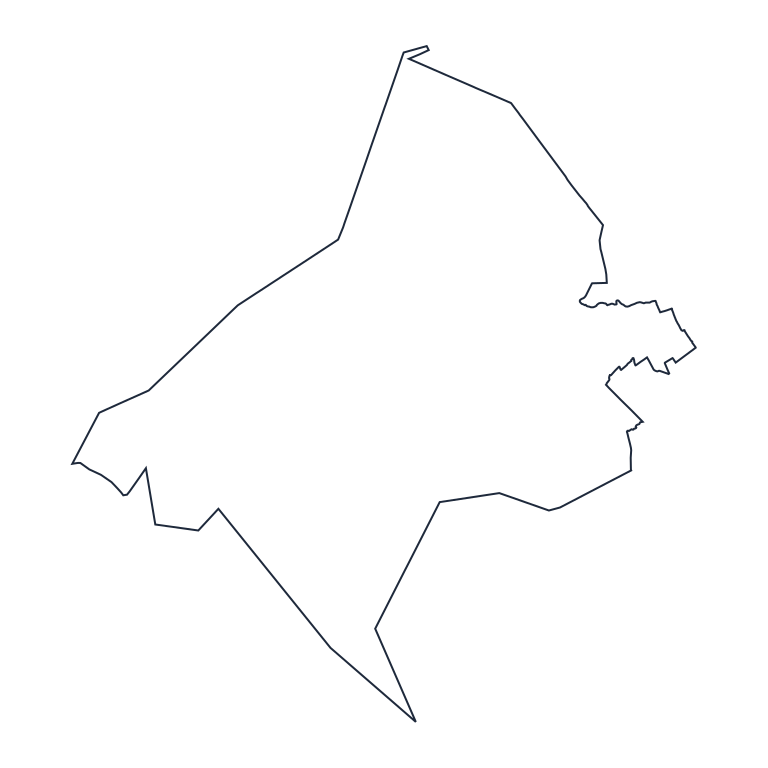 the district of Santa Bárbara, Chihuahua, Mexico
{"feature_id": "50627088B80786091806362", "entity_name": "Santa Bárbara", "entity_type": "district", "adm_level": 2, "iso_a3": "MEX", "parent_name": "Mexico", "parent_adm1": "Chihuahua", "projection": "mercator", "projection_center": [-105.704, 26.798], "detail": "fine", "context": "isolated", "style": "outline", "palette": "slate", "viewbox_px": 768, "rotation_deg": 0, "n_neighbors": 0, "source": "geoboundaries", "source_scale": "gbopen_adm2", "svg_char_len": 4724}
<svg xmlns="http://www.w3.org/2000/svg" viewBox="0 0 768 768"><path d="M417.0,48.8L403.7,52.5L402.4,56.0L397.5,70.4L391.5,87.7L385.4,105.3L385.0,106.3L372.8,141.5L372.5,142.3L366.0,161.3L357.5,185.8L349.6,208.6L344.3,223.7L343.7,225.6L343.1,227.4L338.1,239.6L312.4,256.5L282.9,275.8L258.0,292.1L256.4,293.1L255.8,293.5L255.2,293.9L237.8,305.3L234.0,308.9L212.7,329.3L148.7,390.5L120.3,403.2L107.0,409.2L99.1,412.8L74.4,459.8L72.3,463.8L78.1,462.9L80.4,463.0L89.3,469.4L100.9,474.8L111.5,482.1L117.3,488.2L121.1,492.4L123.3,495.3L125.5,494.9L127.0,494.7L129.7,491.3L138.6,478.7L145.9,468.2L155.3,524.5L198.3,530.5L218.4,508.8L330.5,647.9L415.8,721.9L375.2,628.7L405.0,570.1L407.8,564.7L439.7,502.1L499.3,493.1L548.9,510.5L560.0,507.5L606.6,483.2L631.2,470.4L630.9,469.6L630.7,457.8L631.2,450.2L630.9,447.8L629.9,443.4L628.5,438.0L627.6,434.2L627.2,432.6L627.0,432.2L626.9,431.8L627.2,431.2L627.5,430.8L628.1,430.7L628.5,430.8L628.8,431.0L629.1,430.9L629.5,430.7L629.9,430.3L630.6,429.9L631.4,429.3L632.1,429.4L632.8,429.7L633.1,429.7L633.6,429.4L633.8,428.9L634.1,428.7L634.5,428.6L635.3,428.5L636.0,428.1L636.3,427.5L636.1,427.1L635.8,426.9L635.7,426.7L635.8,426.3L636.4,425.3L636.7,425.1L637.2,424.8L637.9,424.5L638.7,424.3L639.3,424.0L639.6,423.6L639.8,422.8L640.1,422.4L640.5,422.2L641.2,422.1L642.7,421.8L631.4,410.3L621.0,400.1L608.4,387.4L608.0,386.9L606.0,384.8L606.5,384.2L606.7,383.3L607.3,382.5L607.9,381.8L609.1,380.2L609.4,379.6L609.4,378.9L609.2,378.6L609.1,378.2L609.1,377.6L609.4,376.1L609.8,375.3L609.9,375.0L610.0,375.0L610.5,375.2L610.7,375.3L610.9,375.2L611.2,375.0L612.7,373.3L615.4,370.3L618.9,366.8L619.2,366.7L619.5,366.8L620.2,368.6L620.7,369.7L620.9,369.8L621.1,369.9L621.5,369.6L623.3,368.1L625.2,366.5L626.9,365.0L627.5,364.0L628.1,363.4L629.5,362.4L630.7,361.3L631.3,361.0L631.3,360.8L631.2,360.2L631.3,359.9L631.5,359.7L631.9,359.5L632.2,359.2L632.5,358.3L632.8,358.1L633.1,358.1L633.4,358.1L633.6,358.6L634.0,359.6L634.2,360.8L634.4,362.6L635.4,365.3L635.6,365.4L636.0,365.2L637.4,364.2L640.5,361.9L644.1,359.5L647.0,357.4L648.8,360.5L650.5,363.7L652.0,366.5L653.6,369.5L654.1,370.0L655.0,370.6L656.2,371.1L656.9,371.3L657.3,371.4L658.0,371.2L658.6,370.9L659.0,370.8L659.3,370.8L659.7,370.9L660.1,371.0L668.6,374.0L669.2,373.4L669.1,373.1L668.8,372.6L668.4,371.7L668.2,371.1L667.8,370.3L667.4,369.4L664.8,363.2L664.8,362.9L664.9,362.7L672.5,358.1L672.8,358.3L675.7,362.6L695.7,347.7L695.6,347.3L692.2,342.7L692.2,342.4L692.2,342.1L692.3,341.9L692.3,341.7L692.2,341.5L692.0,341.3L691.5,341.1L691.3,341.0L690.4,339.8L689.4,338.1L688.0,336.3L684.9,331.4L684.7,331.1L684.6,330.4L684.5,330.2L684.2,330.1L683.7,330.2L683.3,330.4L682.9,330.7L682.8,330.8L682.6,330.7L682.0,330.5L681.5,330.3L680.2,328.1L679.7,327.0L678.6,324.8L678.4,324.6L678.2,324.2L677.7,323.5L677.3,322.7L677.0,322.0L676.3,320.9L676.0,320.1L675.5,319.0L675.3,318.3L674.8,317.3L674.6,316.6L673.8,314.7L673.2,312.7L672.4,310.7L672.0,309.9L672.1,309.2L672.0,308.8L671.8,308.6L671.5,308.6L671.2,308.8L670.9,308.9L670.4,309.1L668.9,309.6L667.3,310.2L664.5,311.1L662.9,311.5L660.6,312.2L660.2,312.3L660.0,312.0L659.8,311.5L659.5,310.6L659.2,309.9L658.7,308.9L658.1,307.6L657.5,306.0L656.7,304.6L656.6,304.0L656.5,303.4L656.3,302.8L656.0,302.2L655.8,301.7L655.6,301.0L655.4,300.9L655.0,300.9L652.3,301.3L650.9,301.9L649.7,302.6L645.7,302.6L644.1,303.2L643.5,303.2L643.0,303.0L640.7,302.3L639.6,302.2L636.9,302.8L634.6,303.9L631.2,305.1L629.3,306.1L627.6,306.6L625.9,306.5L624.9,306.0L623.5,304.8L621.8,304.1L620.4,302.9L619.2,301.4L618.4,300.6L617.7,300.4L617.0,300.5L616.5,300.9L616.3,301.8L616.5,303.2L616.6,304.1L616.3,304.4L615.9,304.4L614.7,304.6L613.7,304.2L612.7,303.8L612.0,303.7L611.2,303.8L609.5,304.5L608.0,304.9L607.4,305.2L607.2,305.1L606.8,304.8L606.3,304.0L605.8,303.6L604.9,303.3L604.3,303.3L602.8,302.9L600.5,302.9L598.8,303.4L598.0,304.0L596.9,304.9L596.4,305.8L595.2,306.5L593.5,307.2L591.9,307.3L590.6,307.2L589.2,306.6L588.2,306.5L586.9,306.1L586.3,305.5L586.0,305.2L585.7,304.9L585.4,305.0L585.0,305.2L584.7,305.1L583.2,304.3L581.9,303.9L581.5,303.6L580.6,302.7L579.9,301.8L579.8,300.8L580.1,300.0L580.9,299.4L582.3,298.6L583.4,298.2L584.2,297.6L585.1,296.7L586.0,295.4L591.7,283.9L592.1,283.3L606.8,282.9L606.3,274.5L605.4,269.0L601.3,252.0L600.5,249.1L599.6,240.5L599.6,240.1L601.3,232.4L603.0,225.1L589.2,207.8L587.8,205.9L587.5,205.1L587.0,204.4L586.1,203.1L584.9,201.8L582.5,198.9L579.4,195.4L571.6,185.4L567.7,180.1L566.9,178.8L565.6,176.5L539.3,141.1L522.9,118.9L521.0,116.4L519.9,115.0L518.7,113.2L515.1,108.5L511.1,103.1L494.0,95.7L482.5,90.8L480.1,89.8L475.2,87.7L474.4,87.3L446.0,75.0L408.9,58.8L419.7,54.3L428.7,50.1L426.7,46.1L417.3,48.7L417.0,48.8Z" fill="none" stroke="#1e293b" stroke-width="2"/></svg>